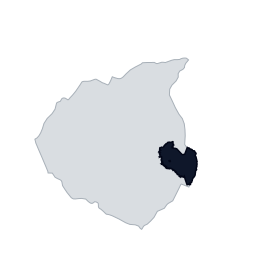 Hurungwe, Mashonaland West, Zimbabwe (highlighted), rotated 114°
{"feature_id": "62879985B85730198836463", "entity_name": "Hurungwe", "entity_type": "district", "adm_level": 2, "iso_a3": "ZWE", "parent_name": "Zimbabwe", "parent_adm1": "Mashonaland West", "projection": "orthographic", "projection_center": [29.665, -16.521], "detail": "fine", "context": "in_parent", "style": "filled", "palette": "ink", "viewbox_px": 256, "rotation_deg": 114, "n_neighbors": 0, "source": "geoboundaries", "source_scale": "gbopen_adm2", "svg_char_len": 6607}
<svg xmlns="http://www.w3.org/2000/svg" viewBox="0 0 256 256"><g transform="rotate(114 128 128)"><path d="M176.1,208.5L174.1,207.1L171.4,206.2L168.0,205.8L163.5,205.9L158.0,206.6L152.1,205.7L145.8,203.2L140.5,202.3L134.2,203.4L132.9,202.6L131.2,200.7L128.3,200.4L127.5,200.0L126.9,199.3L126.5,198.4L126.3,197.4L126.7,194.4L126.5,194.1L125.7,193.7L124.1,193.3L120.4,192.0L115.6,190.7L107.9,189.3L104.9,188.9L104.2,188.5L103.3,187.3L101.8,183.9L100.4,181.6L97.0,178.1L96.4,177.0L96.6,174.1L96.8,171.9L97.1,169.9L96.9,168.1L96.9,165.9L96.9,164.3L96.5,163.7L95.3,163.3L91.8,163.1L87.6,163.2L87.5,160.9L87.0,157.4L86.2,155.4L85.2,154.3L83.3,153.2L79.4,151.8L74.0,149.5L69.4,146.2L64.2,142.0L62.5,141.3L60.5,137.4L57.4,130.6L57.6,128.3L57.1,127.2L54.2,123.9L53.5,122.2L53.0,120.5L48.3,115.6L46.7,113.5L45.5,110.8L44.3,108.6L43.2,107.8L41.9,106.3L41.0,104.6L40.5,103.3L40.8,101.6L41.2,100.4L45.6,101.6L48.0,101.6L49.8,101.0L52.1,101.7L54.9,103.9L57.9,104.3L61.1,102.8L65.5,103.2L71.0,105.3L75.6,105.7L81.0,103.6L85.7,98.1L90.2,93.0L94.7,87.0L97.3,82.2L101.3,78.3L106.5,75.2L111.8,72.6L120.0,69.5L121.6,66.9L122.2,64.1L122.2,60.3L122.6,57.7L123.4,56.6L124.8,55.7L126.6,54.5L132.0,51.6L136.5,49.7L142.0,48.4L148.1,48.4L153.9,48.4L157.2,48.4L157.3,52.2L157.5,56.4L158.2,56.8L162.5,56.9L169.6,57.2L176.3,57.5L180.6,60.6L182.1,61.3L186.6,62.2L192.2,67.3L199.1,67.9L203.8,69.5L208.0,71.3L210.4,73.4L211.9,73.9L214.0,74.1L215.0,74.3L214.8,75.8L213.3,78.4L213.5,82.0L215.3,87.1L215.5,91.5L214.8,99.3L214.6,106.8L214.8,109.5L215.1,111.3L215.5,112.3L215.4,113.4L214.2,116.5L213.2,119.8L213.1,121.1L212.8,122.1L212.1,122.9L209.1,124.4L208.6,125.3L208.5,127.0L208.9,128.5L210.0,129.0L211.3,129.9L211.8,131.0L211.8,132.1L211.4,134.2L210.1,137.7L211.2,141.7L212.5,144.3L214.3,147.4L215.0,149.2L214.9,150.6L214.6,151.8L211.8,157.3L209.7,160.7L207.3,164.3L204.1,166.5L203.2,167.6L202.9,168.9L202.9,171.6L202.7,174.5L200.0,178.8L201.6,182.7L201.2,183.0L200.3,183.5L196.3,187.7L192.3,192.0L189.4,195.1L186.1,198.7L182.4,202.7L179.2,206.1L176.1,208.5Z" fill="#d9dde1" stroke="#a8b0b8" stroke-width="1"/><path d="M133.0,90.8L133.4,90.8L133.5,90.6L134.0,90.6L134.3,90.5L134.2,90.3L134.4,90.1L134.5,90.1L134.4,89.9L134.5,89.8L134.8,90.0L135.0,89.9L135.0,89.7L135.1,89.3L135.5,89.7L135.7,89.8L135.9,89.7L136.0,89.9L136.5,90.0L136.4,89.8L136.5,89.9L136.4,89.7L136.5,89.7L136.9,89.8L136.8,89.6L137.1,89.4L137.3,89.3L137.3,89.2L137.4,89.3L137.4,89.2L137.4,89.3L137.5,89.1L137.4,89.1L137.6,88.9L137.9,89.2L138.0,89.0L138.0,88.9L138.3,88.9L138.3,88.7L138.6,88.6L138.8,88.2L139.0,88.4L139.1,88.2L139.3,88.1L139.4,87.9L139.6,87.9L139.8,87.6L140.5,87.5L141.0,87.3L141.2,87.2L141.3,87.3L141.3,87.2L141.6,87.2L141.4,87.0L141.4,86.9L141.2,86.8L141.1,86.4L141.1,86.2L140.9,86.1L140.8,85.9L140.5,85.7L140.8,85.4L141.2,85.3L141.4,85.2L141.4,85.3L141.5,85.2L141.8,85.2L142.1,84.8L142.5,84.7L142.7,84.8L142.9,84.7L143.6,84.8L144.9,83.6L144.4,82.9L145.5,82.2L145.5,82.5L145.9,83.0L146.0,83.1L146.3,83.1L146.5,83.1L146.9,83.1L147.0,82.8L146.9,82.8L147.0,82.7L147.1,82.8L147.1,82.3L147.3,82.3L147.1,82.0L147.3,81.7L147.2,81.4L147.3,81.4L147.4,81.1L147.5,80.9L147.4,80.7L147.6,80.5L147.5,80.3L147.6,80.2L147.8,79.9L147.7,79.8L147.8,79.8L147.8,79.6L147.9,79.4L147.6,79.2L147.8,79.0L147.6,78.9L147.7,78.5L147.8,78.4L147.7,78.3L147.8,78.2L148.0,77.8L147.8,77.7L147.7,77.5L148.1,77.5L148.0,77.4L148.2,77.1L148.4,77.1L148.3,76.9L148.7,76.9L148.6,76.7L148.9,76.5L148.7,76.4L148.7,76.2L148.9,76.1L148.8,75.9L148.9,75.6L148.8,75.3L148.9,75.2L148.8,74.9L148.6,74.9L148.6,74.6L148.4,74.5L148.5,74.4L148.4,74.2L148.5,74.1L148.3,73.6L148.3,73.4L148.2,73.4L148.0,73.5L148.0,73.4L147.8,73.1L147.8,72.9L147.5,72.7L147.6,72.4L147.4,72.2L147.6,71.9L147.6,71.7L147.5,71.2L147.6,70.9L147.8,70.7L147.7,70.5L147.7,70.2L147.8,70.0L148.0,69.9L147.8,69.8L148.0,69.4L147.6,69.2L147.7,68.9L147.8,68.8L148.0,68.8L148.0,68.5L148.1,68.4L148.3,68.2L148.3,67.6L148.5,67.5L148.6,67.3L148.7,67.2L148.4,67.0L148.5,66.9L148.5,66.7L148.8,66.8L148.9,66.4L148.9,66.2L149.2,66.2L149.3,65.9L149.3,65.5L149.5,65.2L149.6,64.7L149.9,64.5L150.1,64.4L150.3,64.1L150.2,64.0L150.3,63.8L150.2,63.7L150.3,63.6L150.3,63.4L150.2,63.0L150.3,62.8L150.2,62.3L150.4,62.3L150.7,61.9L150.9,61.7L151.0,61.4L151.3,61.3L151.4,61.1L151.4,60.7L151.2,60.8L151.1,60.7L151.0,60.9L151.0,61.0L150.8,60.8L150.9,60.7L150.7,60.6L150.7,60.3L150.4,60.0L150.5,59.9L150.4,59.9L150.6,59.8L150.2,59.7L150.1,59.3L150.0,59.1L150.2,58.6L150.4,58.6L150.4,58.3L150.5,58.4L150.5,58.0L150.7,57.9L150.3,57.9L150.3,57.7L150.2,57.8L150.2,57.7L149.9,57.7L149.7,57.4L149.6,57.2L149.6,56.9L149.4,56.9L149.2,56.9L149.4,56.7L151.6,54.9L155.8,51.0L155.3,50.2L154.7,49.8L154.7,48.5L154.4,48.3L154.2,48.0L153.7,48.4L153.1,49.0L152.9,48.8L152.5,48.5L152.2,47.9L151.3,47.8L150.8,48.0L149.9,47.9L149.4,48.1L147.5,48.4L147.2,48.2L146.9,48.0L146.3,47.8L145.8,47.9L145.5,47.7L144.4,47.5L143.8,47.6L143.6,47.6L143.4,47.6L143.1,47.8L142.7,47.9L142.2,48.0L141.5,48.3L140.7,48.4L139.9,48.8L139.6,48.8L139.1,48.8L138.6,48.4L138.1,48.4L137.8,48.6L137.4,49.1L137.0,49.3L136.8,49.4L136.2,49.4L136.0,49.5L135.3,49.4L135.1,49.5L134.5,50.0L133.7,49.9L133.3,50.1L133.0,50.4L132.4,50.5L132.1,50.8L131.5,51.1L131.0,51.3L130.6,51.2L130.3,51.4L129.8,51.9L129.0,52.4L127.5,53.6L126.9,54.0L126.4,54.6L126.2,55.1L126.1,55.3L125.8,55.5L125.0,55.4L124.6,55.4L123.8,55.4L123.4,55.6L123.2,56.1L122.9,56.5L122.6,57.2L122.5,57.4L122.0,57.8L121.9,58.1L122.1,58.7L122.3,59.3L122.3,59.6L122.1,60.2L121.8,60.5L121.7,60.7L121.8,61.3L121.7,61.9L121.8,62.4L122.1,62.5L122.1,62.9L121.7,63.4L121.4,64.1L121.5,64.5L121.8,64.6L121.9,64.8L121.8,65.2L122.1,65.6L121.9,65.9L129.0,65.5L130.3,67.7L127.2,75.0L127.3,76.2L128.3,79.3L128.2,79.5L128.1,79.4L127.9,79.3L127.7,79.5L127.7,79.4L127.3,79.3L127.2,79.4L127.2,79.2L127.0,79.3L127.0,79.2L126.8,79.3L126.7,79.3L125.7,79.9L125.5,79.7L125.2,79.9L124.9,80.0L124.8,79.8L124.7,80.1L124.4,80.1L124.4,80.3L124.2,80.4L124.0,80.6L123.9,80.6L123.7,81.0L123.3,81.1L123.1,81.0L122.6,81.1L122.4,81.2L122.2,81.4L122.2,81.5L122.5,81.8L122.6,82.0L122.9,81.9L123.0,82.0L123.4,82.5L123.5,82.5L124.0,83.7L123.9,83.9L124.1,84.4L124.3,84.5L124.5,84.9L124.6,85.4L125.0,85.8L125.9,85.9L126.1,86.2L126.5,86.2L126.8,86.5L127.0,86.5L127.2,87.0L127.9,87.0L128.1,87.3L128.4,87.3L129.2,87.7L130.1,87.8L130.3,87.8L130.7,87.6L130.9,87.7L131.2,88.1L131.6,88.4L131.8,88.9L131.8,89.3L131.9,89.6L132.2,89.8L132.7,90.3L132.9,90.4L133.0,90.8ZM141.1,75.8L141.3,75.7L141.5,75.8L141.4,76.0L141.7,76.3L141.7,76.7L141.4,77.0L141.3,76.7L141.0,76.7L140.8,76.6L140.7,76.5L140.7,76.3L140.8,76.2L140.7,76.1L141.0,75.8L141.1,75.8Z" fill="#0f172a" stroke="#020617" stroke-width="1.5"/></g></svg>